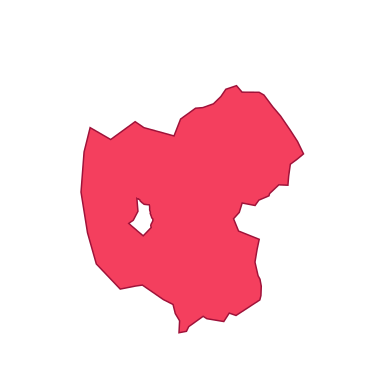 Taragt, Övörhangay, Mongolia (Robinson projection), rotated 218°
{"feature_id": "93677404B58682850586725", "entity_name": "Taragt", "entity_type": "district", "adm_level": 2, "iso_a3": "MNG", "parent_name": "Mongolia", "parent_adm1": "Övörhangay", "projection": "robinson", "projection_center": [102.735, 46.092], "detail": "fine", "context": "isolated", "style": "filled", "palette": "rose", "viewbox_px": 384, "rotation_deg": 218, "n_neighbors": 0, "source": "geoboundaries", "source_scale": "gbopen_adm2", "svg_char_len": 2023}
<svg xmlns="http://www.w3.org/2000/svg" viewBox="0 0 384 384"><g transform="rotate(218 192 192)"><path d="M311.9,180.0L301.7,157.1L279.4,123.6L249.2,95.5L223.1,76.4L188.8,71.3L178.7,83.0L173.8,88.1L148.3,89.6L137.7,91.7L130.3,85.9L122.5,82.9L115.6,73.1L110.6,78.8L111.7,83.9L106.7,100.9L102.3,101.3L87.2,109.5L88.1,119.5L81.3,121.8L72.1,148.7L73.9,152.8L79.4,160.4L84.7,165.1L88.4,166.7L99.2,175.5L105.3,186.7L109.9,196.1L131.3,189.9L142.8,196.5L142.2,205.0L145.7,214.2L134.0,220.2L134.3,226.8L129.0,236.4L129.9,238.5L128.0,251.1L120.6,256.4L125.7,264.2L131.6,274.4L129.3,282.8L127.6,290.7L140.0,296.8L152.4,301.1L169.0,306.4L181.1,308.9L195.0,312.7L200.5,311.9L214.0,301.5L222.4,303.2L228.6,293.8L228.0,285.0L229.4,274.7L235.4,265.2L240.8,260.2L245.9,242.5L240.7,225.1L269.5,213.1L280.1,212.4L288.4,183.3L311.9,180.0ZM222.7,143.5L231.4,152.9L231.2,152.9L230.9,152.9L230.7,153.0L230.5,153.3L230.4,153.4L230.1,153.6L229.8,153.4L229.5,153.4L229.2,153.6L228.7,153.7L228.1,153.6L227.7,153.3L227.5,153.1L227.3,153.1L227.2,153.1L226.6,153.0L226.3,152.9L225.8,153.0L225.5,153.0L225.1,152.8L224.8,152.8L224.0,152.9L223.1,152.8L222.6,152.8L222.0,152.9L221.7,153.1L221.2,153.5L220.9,153.6L220.6,153.7L220.3,154.0L220.2,154.0L219.9,154.2L219.6,154.4L219.2,154.6L218.7,155.0L217.9,155.6L216.9,154.9L215.3,153.1L215.0,152.6L214.6,152.1L214.2,151.7L213.8,151.4L213.5,151.2L212.9,150.8L212.5,150.6L212.4,150.5L212.2,150.3L212.1,150.0L212.0,149.7L211.8,149.5L211.6,149.3L211.4,149.1L211.1,149.0L210.7,148.9L210.2,148.4L209.9,148.2L209.7,148.2L209.3,147.9L208.6,147.4L207.9,146.9L207.6,146.8L207.2,146.8L206.6,146.7L206.4,146.7L205.9,146.2L205.5,145.7L205.2,145.3L205.1,145.0L205.0,144.8L205.0,144.7L204.8,143.7L204.7,143.4L204.6,142.8L204.5,141.9L204.2,140.9L203.8,140.1L203.2,139.6L202.3,138.9L202.9,132.9L202.9,132.7L203.5,127.4L211.8,127.7L212.4,127.8L212.6,127.8L214.8,127.9L217.5,128.0L217.9,128.0L221.0,128.2L222.5,128.3L221.6,131.4L221.5,131.6L220.9,133.6L222.7,143.5Z" fill="#f43f5e" stroke="#9f1239" stroke-width="1.5"/></g></svg>